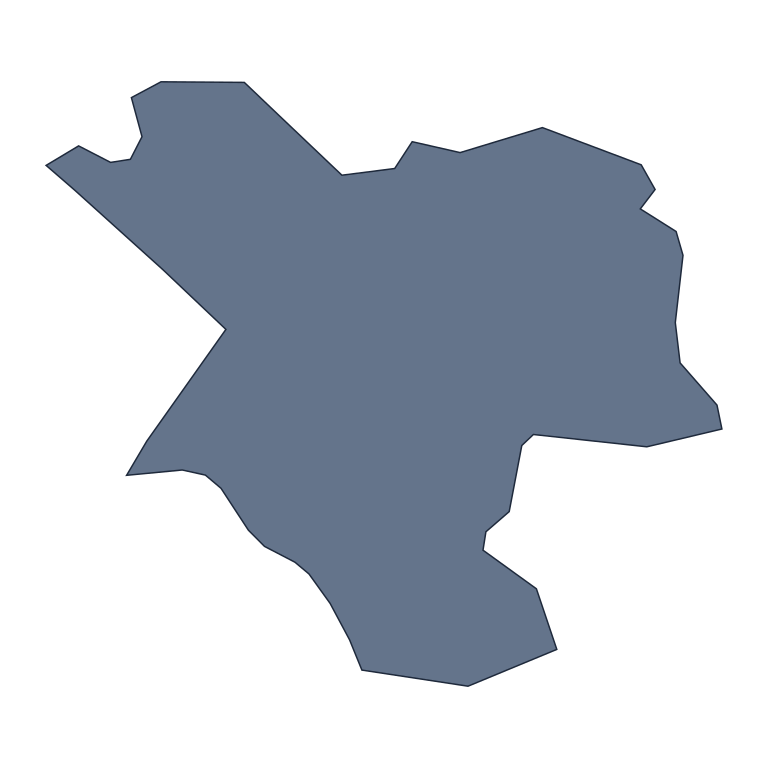 the Unitary Authority (wales) of Neath Port Talbot
{"feature_id": "GBR-2118", "entity_name": "Neath Port Talbot", "entity_type": "Unitary Authority (wales)", "adm_level": 1, "iso_a3": "GBR", "parent_name": "United Kingdom", "parent_adm1": "", "projection": "equal_earth", "projection_center": [-3.738, 51.663], "detail": "fine", "context": "isolated", "style": "filled", "palette": "slate", "viewbox_px": 768, "rotation_deg": 0, "n_neighbors": 0, "source": "natural_earth", "source_scale": "10m", "svg_char_len": 714}
<svg xmlns="http://www.w3.org/2000/svg" viewBox="0 0 768 768"><path d="M361.9,670.1L349.6,639.9L330.1,603.4L309.0,574.0L294.9,562.2L264.5,546.4L248.4,530.2L221.0,488.3L205.4,475.1L182.2,470.0L126.6,475.3L146.8,441.1L225.9,329.4L162.8,269.6L74.4,189.9L46.1,165.4L78.6,145.9L110.6,162.4L130.4,159.3L142.0,136.7L131.4,97.6L161.0,81.8L244.3,82.4L278.2,114.7L341.9,175.2L394.7,168.5L412.2,141.7L460.1,152.6L542.4,127.6L641.2,164.8L655.1,189.5L640.3,208.9L676.1,231.5L683.0,255.3L675.3,322.6L680.1,362.9L717.0,405.1L721.9,429.0L715.6,430.5L646.8,446.8L533.4,434.5L521.8,445.5L509.2,511.6L485.9,531.8L483.0,550.2L536.4,588.8L556.8,649.4L468.0,686.2L361.9,670.1Z" fill="#64748b" stroke="#1e293b" stroke-width="1.5"/></svg>